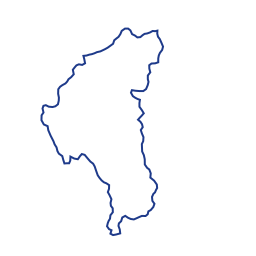 outline of Dom Silvério, Minas Gerais, Brazil, rotated 151°
{"feature_id": "56859067B43340770638367", "entity_name": "Dom Silvério", "entity_type": "district", "adm_level": 2, "iso_a3": "BRA", "parent_name": "Brazil", "parent_adm1": "Minas Gerais", "projection": "equal_earth", "projection_center": [-42.948, -20.12], "detail": "fine", "context": "isolated", "style": "outline", "palette": "blue", "viewbox_px": 256, "rotation_deg": 151, "n_neighbors": 0, "source": "geoboundaries", "source_scale": "gbopen_adm2", "svg_char_len": 2335}
<svg xmlns="http://www.w3.org/2000/svg" viewBox="0 0 256 256"><g transform="rotate(151 128 128)"><path d="M55.1,198.9L57.3,199.5L59.4,200.9L62.4,200.9L65.4,201.4L67.9,202.3L70.2,202.1L73.1,201.5L75.9,202.7L77.1,205.5L78.9,208.1L78.6,212.2L79.7,214.9L82.5,216.4L86.4,216.0L89.2,213.8L92.1,212.3L94.8,211.9L97.5,211.4L100.2,208.9L103.5,208.5L106.9,208.1L110.2,208.1L115.0,208.4L118.4,209.4L121.0,209.6L123.8,210.1L126.2,210.9L129.2,211.5L132.0,212.7L132.9,209.3L134.2,205.4L137.5,205.4L140.1,207.5L142.7,207.8L144.9,207.0L148.0,205.7L149.4,201.3L153.1,200.0L156.4,199.5L158.7,198.1L161.1,197.3L164.7,197.3L167.4,197.0L170.2,195.7L172.5,191.8L173.7,188.1L175.3,185.5L177.8,182.7L181.0,182.2L183.8,182.9L187.0,185.1L188.8,187.8L191.2,188.4L193.3,186.5L194.4,182.5L197.4,181.0L199.9,176.8L199.9,171.9L197.4,168.6L198.8,164.7L199.4,158.9L199.6,152.6L200.1,149.3L199.9,145.7L200.9,142.0L200.9,139.1L199.1,135.3L200.1,131.3L200.8,127.8L198.8,126.9L196.6,125.7L194.3,127.5L192.2,130.9L189.8,127.3L187.0,125.0L183.6,126.7L181.0,127.6L178.9,125.5L178.0,120.7L177.2,116.9L175.8,113.7L175.8,110.4L176.6,106.1L177.4,101.3L177.1,98.2L176.5,95.0L175.4,92.2L173.7,90.1L172.2,87.2L174.1,84.0L176.7,81.7L176.7,78.4L177.0,73.8L179.6,70.9L180.7,68.2L180.3,65.2L182.1,61.7L185.7,60.2L187.7,57.4L190.0,56.1L191.8,54.6L194.0,52.2L193.6,48.7L192.0,46.6L194.6,44.1L193.0,41.6L190.0,40.6L185.9,39.6L184.4,43.3L183.8,47.0L182.2,49.0L179.2,49.8L176.4,52.5L173.0,52.5L171.5,49.5L169.7,47.1L167.2,45.2L164.2,44.9L161.5,44.7L158.5,44.4L155.3,42.5L152.6,43.0L150.6,45.2L147.9,45.2L144.2,46.6L141.6,48.9L142.0,52.5L140.4,56.1L137.7,58.1L135.6,58.6L133.6,60.2L131.6,61.4L130.2,64.6L130.7,69.3L132.5,73.8L130.1,77.3L129.5,81.4L130.6,83.9L131.0,87.9L128.5,92.6L127.3,96.6L127.0,100.6L125.5,103.6L123.7,107.2L121.1,109.1L118.9,112.5L118.5,116.4L117.8,120.0L114.7,121.6L113.9,124.5L114.1,127.4L115.2,130.4L112.7,131.3L110.1,132.1L107.1,133.2L107.2,136.7L107.7,141.0L105.9,144.3L103.9,146.9L105.6,148.8L107.0,150.9L108.3,153.5L108.3,157.4L106.2,159.2L103.6,157.1L99.7,154.5L96.7,152.9L93.3,153.3L90.0,155.9L87.7,158.4L87.0,161.1L85.2,164.3L81.5,165.9L80.6,169.5L79.0,172.6L76.2,173.0L72.9,171.4L69.7,170.8L67.8,174.2L65.9,176.5L63.7,178.2L60.3,179.7L57.9,182.2L57.4,186.7L57.1,190.3L57.5,193.3L56.7,196.3L55.1,198.9Z" fill="none" stroke="#1e3a8a" stroke-width="2"/></g></svg>